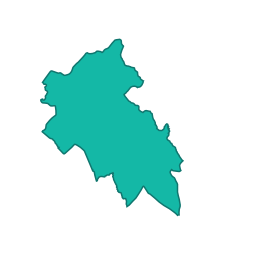 outline of Anina, Caras-Severin, Romania, rotated 311°
{"feature_id": "2599482B55434299191189", "entity_name": "Anina", "entity_type": "district", "adm_level": 2, "iso_a3": "ROU", "parent_name": "Romania", "parent_adm1": "Caras-Severin", "projection": "natural_earth1", "projection_center": [21.868, 45.042], "detail": "fine", "context": "isolated", "style": "filled", "palette": "teal", "viewbox_px": 256, "rotation_deg": 311, "n_neighbors": 0, "source": "geoboundaries", "source_scale": "gbopen_adm2", "svg_char_len": 5700}
<svg xmlns="http://www.w3.org/2000/svg" viewBox="0 0 256 256"><g transform="rotate(311 128 128)"><path d="M139.3,191.0L139.3,189.5L140.4,185.2L140.6,185.0L140.8,184.6L140.9,184.2L141.3,182.9L141.3,182.4L141.7,181.4L142.1,180.9L142.1,180.2L142.5,179.4L142.8,178.9L143.2,178.5L143.4,178.2L143.4,177.9L143.5,177.7L144.4,176.5L144.4,176.3L144.0,173.7L144.0,173.3L144.3,172.6L144.5,172.1L144.9,171.4L145.0,171.2L144.8,170.8L144.7,170.1L145.0,169.1L145.5,168.0L145.1,166.8L145.2,166.4L145.0,165.6L145.7,164.1L145.9,163.9L146.5,163.8L147.1,163.5L149.0,163.6L150.4,162.7L150.5,162.6L150.5,161.9L151.0,162.1L151.3,162.0L151.5,161.7L152.9,161.5L153.1,161.2L153.1,160.9L153.1,160.4L153.2,159.6L153.4,159.5L154.1,159.8L154.4,159.7L154.1,158.6L154.2,158.0L154.4,157.9L154.6,157.9L155.4,158.0L155.6,157.9L155.7,157.7L155.1,157.7L155.0,157.4L155.0,157.2L156.2,156.3L156.8,155.7L156.7,154.9L156.4,154.5L155.1,154.4L152.9,154.8L152.5,154.7L151.9,155.3L151.2,155.6L150.1,155.6L149.2,155.4L148.6,155.3L148.0,154.9L146.7,153.2L146.5,152.9L146.6,152.4L146.5,151.8L146.6,150.9L146.4,150.1L147.3,149.7L147.9,149.0L148.1,148.3L148.5,147.5L148.6,147.1L148.4,146.4L148.9,146.1L149.9,145.0L150.8,143.1L151.3,141.2L152.3,139.6L154.6,136.8L154.6,136.5L154.4,135.5L154.5,135.2L154.9,134.3L155.1,133.7L154.6,133.1L153.2,130.5L152.4,129.7L151.2,129.3L149.5,129.1L149.3,128.1L148.9,127.1L148.9,126.7L148.8,125.3L148.9,124.8L148.9,124.4L149.0,124.0L150.9,122.5L151.2,122.2L151.5,121.6L151.4,121.0L151.3,120.5L150.8,119.8L150.1,118.9L149.9,118.4L150.1,117.9L150.2,117.2L150.2,116.2L150.1,115.7L149.7,114.9L149.6,114.6L149.1,113.9L149.2,112.9L149.2,112.0L148.9,111.0L148.9,110.2L149.3,108.9L149.3,108.3L149.7,106.5L149.9,105.0L150.0,104.7L150.3,104.1L150.5,103.2L150.9,103.0L151.2,103.0L152.2,103.3L152.9,103.4L153.4,103.4L154.6,103.3L155.5,103.5L159.7,103.3L160.5,103.3L161.5,103.7L162.2,104.0L163.7,105.3L164.6,106.9L164.7,107.4L164.7,108.2L164.9,108.1L165.0,108.5L166.5,109.8L167.4,110.2L168.8,110.3L169.7,110.2L171.6,109.7L172.6,109.3L173.2,108.7L173.6,108.7L173.4,108.0L173.4,107.3L173.2,106.6L173.2,105.5L173.3,105.1L173.8,104.6L174.1,104.0L174.1,103.6L173.9,102.4L173.9,101.3L175.0,99.9L176.2,98.7L176.4,98.4L176.2,96.9L176.3,96.5L176.3,95.1L177.1,93.9L177.4,93.7L177.5,93.4L177.2,92.7L176.4,91.4L175.9,90.4L175.8,89.7L175.3,88.5L174.8,87.4L174.2,86.7L174.0,86.2L173.5,84.8L173.5,84.5L173.7,83.8L175.2,81.3L175.4,80.8L175.5,79.8L175.7,79.3L176.3,78.3L176.7,76.6L177.0,76.1L178.4,74.3L179.9,73.5L182.9,72.2L183.8,71.9L184.8,71.6L186.8,70.9L186.9,70.6L186.9,70.4L186.8,70.0L187.3,67.9L187.6,67.5L189.3,65.8L189.7,65.0L189.5,63.6L186.9,61.3L185.7,60.5L181.5,60.4L176.3,60.7L174.7,60.4L172.7,59.3L171.4,59.0L170.7,59.1L168.3,59.1L167.9,58.7L167.8,57.6L167.6,57.1L166.9,55.9L166.2,54.8L165.3,54.0L163.5,53.9L160.9,52.3L159.1,50.6L158.3,49.3L158.0,47.9L157.1,47.4L156.3,47.3L154.7,47.5L151.8,47.5L145.1,47.3L142.9,46.9L138.3,46.7L137.2,46.9L135.8,47.5L134.3,48.1L132.7,48.4L130.9,48.4L129.4,47.9L126.9,46.3L125.9,45.3L125.6,43.3L125.4,41.1L124.9,40.4L123.6,39.4L121.1,33.1L120.4,32.5L119.8,32.4L118.9,32.4L109.8,33.2L106.3,33.6L106.3,34.6L106.2,35.1L105.9,35.6L106.0,36.1L106.9,36.9L107.0,38.1L106.2,38.7L105.4,38.7L104.9,38.5L104.3,38.5L104.0,38.8L103.7,39.5L102.7,40.4L102.5,40.8L102.5,41.4L102.7,41.9L102.7,43.0L102.4,43.7L101.7,44.1L100.7,44.2L100.2,44.5L97.9,44.7L97.3,45.2L96.8,45.9L96.1,46.3L95.0,46.4L94.5,46.4L93.9,46.2L93.5,45.8L93.4,45.5L93.4,45.1L93.8,44.6L92.8,43.9L91.9,43.8L91.2,44.7L90.8,46.2L91.1,47.3L92.4,49.0L93.7,51.0L93.9,51.5L93.9,54.6L94.1,55.3L95.1,56.5L96.3,57.6L96.8,58.2L96.8,58.9L94.0,62.1L90.9,64.9L90.0,65.0L86.3,64.2L84.4,64.0L82.2,63.9L77.8,64.0L76.9,64.1L75.6,64.9L74.3,65.8L73.1,66.3L71.7,66.2L69.9,65.5L68.9,65.7L69.0,75.3L69.5,77.0L69.9,77.4L70.1,78.5L70.1,78.8L69.9,79.1L69.9,79.3L69.8,79.7L69.9,80.1L69.9,80.9L69.5,82.0L68.9,83.0L69.0,83.2L68.8,84.2L68.6,84.8L68.6,85.4L68.2,86.0L68.2,86.6L67.8,87.1L67.7,87.4L67.8,88.1L68.0,88.5L67.0,88.5L66.3,95.9L66.5,96.7L67.6,97.1L76.5,98.2L79.7,98.3L80.7,98.5L81.3,99.5L81.7,101.3L82.2,104.6L82.2,108.3L82.1,110.1L75.2,124.1L72.7,129.1L73.1,129.1L72.6,129.9L72.8,131.2L72.6,131.5L72.2,132.0L70.9,133.6L68.1,137.7L67.3,139.0L68.1,139.4L69.4,138.6L71.6,138.4L72.2,138.5L73.1,138.9L73.9,139.6L74.8,140.9L75.5,142.1L75.9,142.5L76.1,142.5L76.5,142.3L77.3,142.5L77.5,142.8L78.6,143.0L78.9,143.2L79.3,143.5L79.9,144.4L80.3,144.7L80.7,144.7L81.4,144.5L81.7,144.5L83.3,145.6L84.3,146.0L84.1,146.7L83.7,146.8L83.1,146.9L82.7,147.2L82.5,147.6L82.5,148.0L82.4,148.2L81.4,148.3L81.2,148.5L80.9,149.5L80.6,149.9L79.6,151.1L78.9,152.8L78.2,154.1L78.0,155.0L77.7,155.3L77.4,156.5L77.3,156.9L76.8,157.4L76.6,157.9L76.4,158.0L75.9,158.1L75.8,158.3L75.7,159.1L75.3,159.5L74.6,159.9L74.6,160.7L74.4,160.9L74.3,161.4L73.7,161.6L73.6,162.3L73.7,162.9L73.5,163.2L73.5,163.4L74.0,164.3L74.3,164.7L74.5,165.4L73.6,166.7L73.5,167.0L73.2,167.3L73.0,167.7L72.7,168.1L72.6,168.4L71.8,169.3L71.9,169.5L71.5,170.6L71.6,171.1L72.2,171.5L73.0,172.3L73.2,172.5L72.5,173.8L72.0,174.6L71.4,175.2L69.6,176.5L69.2,177.0L68.8,178.0L68.3,178.4L68.0,178.8L70.8,179.5L75.6,179.6L80.3,179.9L84.1,179.4L90.0,178.5L93.0,177.8L93.6,177.7L94.2,177.9L94.3,178.3L94.1,179.3L92.1,186.1L92.3,187.1L92.6,188.0L92.7,194.0L92.6,200.0L93.1,205.9L94.3,212.3L94.8,218.7L94.8,220.7L94.6,222.7L95.2,222.8L95.9,223.6L97.7,221.9L100.3,220.0L102.8,218.9L104.2,217.8L107.8,213.4L109.9,210.3L112.1,207.4L118.0,202.3L118.7,200.9L119.5,198.6L120.2,197.3L120.8,195.8L120.6,193.0L121.0,191.3L122.0,189.0L122.9,188.4L125.2,188.2L125.3,190.0L128.6,195.0L129.2,195.5L130.6,195.8L131.2,194.5L132.7,192.5L133.7,191.4L134.7,191.0L136.4,190.8L138.5,190.9L139.3,191.0Z" fill="#14b8a6" stroke="#0f766e" stroke-width="1.5"/></g></svg>